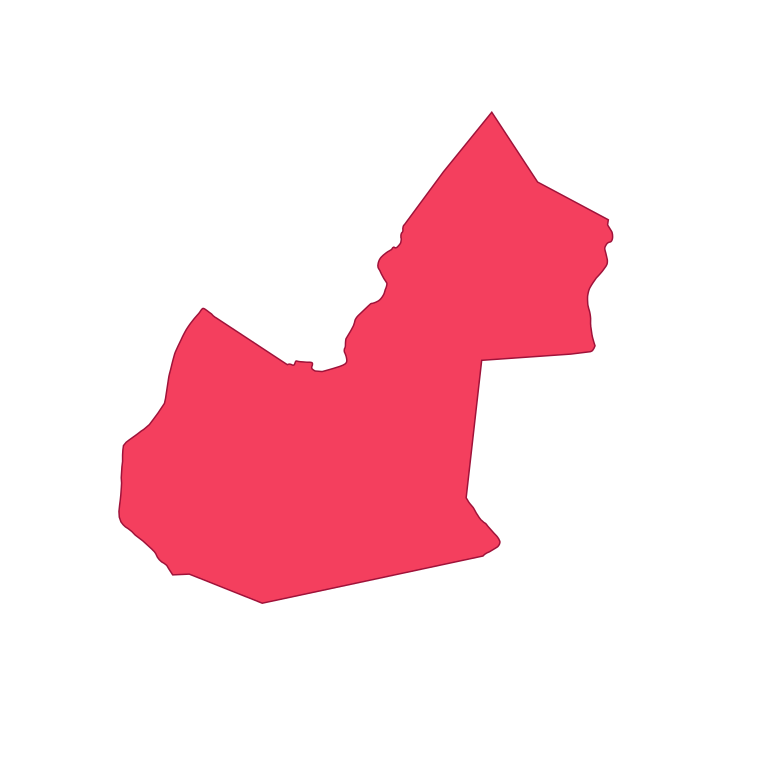 outline of San Jose de Comayagua, Comayagua, Honduras, rotated 218°
{"feature_id": "27666195B469892193745", "entity_name": "San Jose de Comayagua", "entity_type": "district", "adm_level": 2, "iso_a3": "HND", "parent_name": "Honduras", "parent_adm1": "Comayagua", "projection": "orthographic", "projection_center": [-88.038, 14.699], "detail": "fine", "context": "isolated", "style": "filled", "palette": "rose", "viewbox_px": 768, "rotation_deg": 218, "n_neighbors": 0, "source": "geoboundaries", "source_scale": "gbopen_adm2", "svg_char_len": 6099}
<svg xmlns="http://www.w3.org/2000/svg" viewBox="0 0 768 768"><g transform="rotate(218 384 384)"><path d="M241.2,544.0L244.3,546.1L245.8,547.2L247.3,548.3L248.6,549.3L250.6,551.0L255.6,555.8L256.4,556.5L257.5,557.8L258.2,558.5L260.2,561.1L261.5,562.8L262.7,564.1L263.9,565.3L265.1,566.4L266.4,567.5L267.3,568.2L269.3,569.6L270.5,570.6L271.8,571.6L272.6,572.4L273.3,573.2L274.0,574.0L274.8,574.9L275.8,576.1L276.8,577.4L277.8,578.8L278.3,579.8L279.0,581.1L279.9,583.1L280.5,584.7L280.7,585.4L280.9,586.1L281.1,587.4L281.4,589.6L281.7,592.9L281.8,594.9L281.9,596.7L282.0,598.1L281.9,599.2L281.7,601.3L281.5,604.4L281.4,606.9L281.4,608.2L281.5,610.9L281.6,613.5L281.7,614.1L281.9,615.1L282.0,615.6L282.2,616.1L282.6,616.9L283.2,617.8L283.8,618.6L284.5,619.4L285.0,619.8L286.1,620.7L289.3,623.3L292.2,625.5L293.0,626.2L293.4,626.6L293.6,626.9L293.8,627.2L294.0,627.6L294.2,628.3L294.4,629.0L294.5,629.7L294.6,630.4L294.7,631.2L294.7,631.7L294.7,632.2L294.6,632.6L294.5,633.0L294.2,633.7L293.9,634.3L293.3,635.0L293.0,635.5L292.9,635.8L292.8,636.1L292.8,636.4L292.8,636.7L292.8,637.1L292.9,637.5L293.0,638.0L293.2,638.6L293.5,639.2L293.7,639.6L294.0,640.1L294.3,640.5L294.6,640.9L295.1,641.5L296.1,642.6L296.7,643.1L297.4,643.7L297.8,644.0L298.2,644.2L298.9,644.5L302.7,645.9L305.7,647.0L305.8,647.1L307.3,649.7L308.3,651.5L387.3,637.7L466.4,664.5L467.8,587.9L466.0,522.2L466.1,521.6L466.1,520.9L466.0,520.5L465.9,520.1L465.5,519.3L465.2,518.7L465.0,518.3L464.7,517.9L464.1,517.2L463.8,516.9L463.5,516.4L463.3,516.0L463.1,515.5L463.0,515.0L463.0,514.7L463.1,514.1L463.1,513.7L462.9,513.1L462.7,512.5L462.2,511.6L461.9,511.2L461.5,510.7L461.1,510.1L460.0,509.2L459.5,508.6L459.1,508.1L458.8,507.5L458.2,506.4L457.8,505.5L457.7,505.2L457.7,504.9L457.6,504.0L457.6,503.0L457.7,501.4L457.8,500.2L457.9,499.8L458.0,499.5L458.4,498.8L458.7,498.5L458.8,498.3L459.0,498.2L459.3,498.1L459.6,498.0L460.0,498.1L460.4,497.9L460.6,497.8L460.7,497.6L460.8,497.3L460.9,497.0L461.0,496.8L461.0,496.5L460.9,495.7L460.9,495.2L460.9,494.8L461.0,494.4L461.1,493.9L461.3,493.4L462.2,491.2L462.5,490.5L463.1,488.5L463.4,487.2L463.9,485.1L464.1,483.6L464.3,482.1L464.3,481.5L464.3,480.8L464.2,479.8L464.1,479.2L464.0,478.6L463.6,477.3L463.2,476.2L462.7,475.2L462.3,474.5L462.0,474.0L461.7,473.5L461.0,472.8L460.4,472.2L460.0,472.0L459.5,471.7L458.7,471.4L457.8,471.1L457.1,470.8L454.0,469.2L450.6,467.7L448.7,466.9L446.8,466.3L444.8,465.6L444.0,465.3L443.7,465.1L443.3,464.6L442.9,464.0L442.5,463.2L442.2,462.6L441.6,461.0L441.0,458.8L440.5,457.7L440.1,456.6L439.7,455.7L439.5,454.8L439.3,454.0L439.1,452.4L439.0,451.3L439.0,450.1L439.0,449.2L439.1,448.3L439.2,447.5L439.4,446.7L439.7,445.7L440.2,444.7L440.7,443.6L441.7,441.9L442.2,441.2L442.6,440.6L443.5,439.7L443.8,439.2L443.9,438.8L444.4,436.0L446.5,421.8L446.5,421.0L446.6,420.0L446.5,418.8L446.4,417.9L446.3,417.1L446.0,416.3L445.7,415.5L445.0,414.1L444.6,412.9L444.1,411.6L443.8,410.3L443.0,405.8L441.9,397.0L441.8,396.3L441.7,396.0L441.0,394.7L439.7,392.7L439.1,391.9L437.9,390.3L437.5,389.6L437.3,389.2L437.1,388.7L437.0,388.4L436.9,387.7L436.8,387.3L436.6,387.0L436.3,386.4L436.0,386.0L435.7,385.6L435.3,385.2L434.8,384.8L434.3,384.5L433.4,384.1L432.8,383.7L432.1,383.3L430.9,382.5L429.9,381.7L428.9,380.8L428.3,380.2L427.7,379.5L427.4,379.0L427.2,378.6L427.0,378.2L426.9,377.7L426.9,377.2L426.9,376.7L426.9,376.3L427.1,375.7L427.6,374.4L428.1,373.3L428.6,372.5L429.1,371.6L429.9,370.3L433.5,365.1L435.8,361.9L438.6,358.1L440.1,356.1L440.5,355.7L441.2,355.2L442.9,354.1L446.2,351.9L446.6,351.8L447.3,351.7L447.9,351.6L448.8,351.6L449.6,351.6L450.1,351.7L450.5,351.9L450.9,352.3L451.3,352.7L451.6,353.3L451.7,353.7L452.0,354.5L452.1,354.9L452.4,355.3L452.5,355.5L452.8,355.9L452.9,356.0L453.1,356.2L453.3,356.3L453.5,356.4L453.9,356.4L454.4,356.3L455.0,356.0L455.7,355.6L458.0,353.8L460.9,351.9L463.6,350.1L465.3,349.1L466.0,348.8L466.8,348.4L467.2,348.2L467.4,348.0L467.4,347.9L467.5,347.7L467.5,347.2L467.4,346.8L467.0,345.6L466.8,344.9L466.7,344.3L466.6,344.0L466.7,343.7L466.9,343.2L467.1,342.9L467.4,342.7L467.6,342.6L468.0,342.5L468.7,342.4L469.0,342.3L470.0,341.9L470.6,341.6L471.0,341.2L471.4,340.8L471.8,340.2L472.1,339.7L556.9,332.8L558.2,332.6L559.5,332.6L560.5,332.6L561.9,332.8L562.9,333.0L563.3,333.0L565.8,332.9L568.4,332.9L570.9,332.8L571.6,332.7L572.2,332.6L572.9,332.3L573.1,332.2L573.4,331.7L573.5,331.2L573.6,330.5L573.6,329.8L573.5,328.3L573.4,327.1L573.4,325.2L573.5,323.9L573.8,318.8L573.8,317.5L573.8,315.3L573.8,312.6L573.7,310.4L573.6,308.6L573.3,305.1L573.1,303.9L572.9,302.5L572.3,299.2L571.9,297.2L571.1,293.8L569.6,286.9L568.9,284.0L568.2,281.1L567.9,280.1L567.4,278.6L566.9,277.4L565.2,273.3L563.4,269.2L560.9,263.7L559.3,259.9L558.8,258.9L558.5,258.2L557.5,256.3L547.2,238.0L545.1,233.6L544.7,228.4L544.2,221.8L544.0,214.2L543.9,207.5L545.4,200.2L546.4,197.3L547.6,192.5L550.3,183.3L551.3,179.4L551.4,175.1L549.3,171.5L546.3,167.1L542.3,162.0L539.6,157.5L533.3,148.3L529.8,144.4L527.1,140.5L523.2,134.7L520.2,129.9L517.9,126.0L514.4,120.4L510.6,116.1L506.4,113.4L502.9,112.5L499.8,112.2L496.7,112.5L491.9,112.5L487.2,111.8L477.4,111.9L470.9,111.4L464.8,110.9L464.4,110.8L461.8,110.5L459.5,109.8L455.9,108.0L453.0,107.2L449.7,106.9L446.9,107.3L443.5,107.3L439.7,105.8L433.0,103.5L420.4,114.3L345.0,136.3L200.1,309.4L199.9,311.3L199.7,312.1L199.4,312.9L199.1,313.8L198.7,314.7L197.9,316.1L197.6,316.7L195.3,322.7L194.5,324.9L194.3,325.5L194.2,326.2L194.2,326.8L194.2,327.4L194.3,328.2L194.4,328.8L194.7,329.6L195.0,330.3L195.2,330.6L195.7,331.2L196.3,331.6L196.9,331.9L197.9,332.4L198.5,332.7L199.2,332.9L200.4,333.3L201.7,333.6L203.0,333.8L205.2,334.1L209.0,334.8L213.4,335.6L214.5,335.8L216.7,336.4L217.6,336.6L217.9,336.6L218.3,336.6L219.5,336.5L220.1,336.4L221.3,336.5L222.6,336.6L223.5,336.6L224.2,336.7L224.9,336.9L226.2,337.2L227.5,337.6L228.6,338.0L231.8,339.1L233.2,339.7L236.2,341.0L237.5,341.5L238.3,341.7L241.2,342.3L242.7,342.6L243.8,342.9L244.8,343.2L246.8,344.0L249.2,344.9L321.6,462.8L255.2,522.6L241.3,536.5L240.5,537.9L240.3,539.1L240.5,541.3L241.2,544.0Z" fill="#f43f5e" stroke="#9f1239" stroke-width="1.5"/></g></svg>